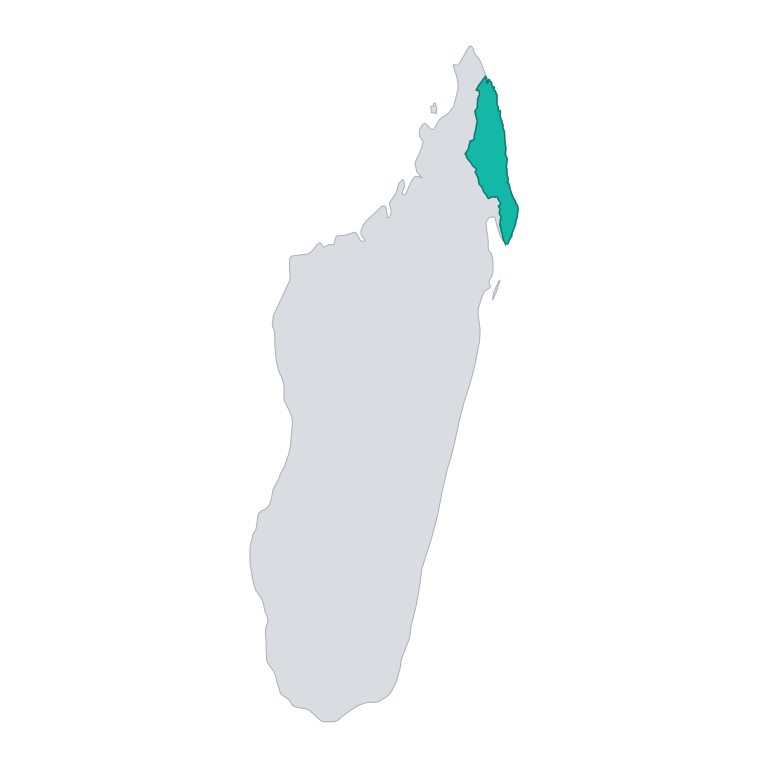 where Sava sits in Madagascar
{"feature_id": "MDG-5879", "entity_name": "Sava", "entity_type": "Autonomous Province", "adm_level": 1, "iso_a3": "MDG", "parent_name": "Madagascar", "parent_adm1": "", "projection": "equal_earth", "projection_center": [49.879, -14.33], "detail": "fine", "context": "in_parent", "style": "filled", "palette": "teal", "viewbox_px": 768, "rotation_deg": 0, "n_neighbors": 0, "source": "natural_earth", "source_scale": "10m", "svg_char_len": 6911}
<svg xmlns="http://www.w3.org/2000/svg" viewBox="0 0 768 768"><path d="M481.7,64.1L483.4,69.4L485.4,74.5L491.8,86.9L494.5,91.6L496.8,96.7L497.9,106.8L501.9,122.4L505.7,145.9L506.9,170.0L508.0,181.1L511.0,191.5L515.8,202.2L517.3,214.2L514.4,226.5L510.1,238.1L509.0,240.3L507.0,243.3L506.1,243.2L502.7,240.2L499.9,235.3L496.4,223.7L495.1,217.9L493.6,216.9L489.5,217.4L486.5,221.1L486.0,223.4L486.6,229.9L487.7,235.8L488.2,241.7L488.3,249.2L489.4,251.4L491.1,253.4L492.8,258.2L493.1,269.9L492.0,275.8L489.1,280.8L489.3,283.6L490.4,286.5L489.4,288.2L485.5,290.4L483.9,292.3L481.8,297.5L478.5,307.9L478.0,313.3L480.1,329.6L479.6,341.1L475.3,363.1L472.8,373.5L469.3,386.0L464.0,402.4L458.8,423.0L454.3,444.1L451.0,456.8L447.3,469.3L442.2,491.4L437.9,513.7L431.6,538.3L422.8,565.6L421.8,569.1L420.0,583.1L418.1,595.1L415.8,607.1L410.9,626.8L410.4,632.9L409.3,638.7L404.6,651.0L402.6,655.6L401.2,660.5L400.4,666.7L399.0,672.6L395.6,683.6L390.5,693.0L387.0,696.4L379.3,701.3L375.5,702.3L366.8,702.5L358.5,705.3L349.9,710.7L341.6,716.9L338.4,719.9L334.9,721.6L323.9,721.9L320.6,720.6L309.4,710.4L305.1,708.7L296.9,707.3L294.5,706.4L292.2,705.1L288.9,699.7L282.3,695.2L280.7,693.8L279.6,690.7L278.9,687.3L277.2,683.5L275.8,676.4L273.6,671.3L267.4,662.5L266.7,659.7L266.1,650.2L266.2,643.9L265.4,632.2L266.0,626.7L268.0,621.7L267.1,616.3L264.7,610.7L263.8,604.9L262.0,599.5L255.6,589.9L254.0,585.2L252.9,580.3L250.2,565.1L249.9,559.7L250.0,548.5L250.8,542.7L252.3,538.7L252.6,535.6L253.6,533.0L255.1,531.0L256.1,528.5L258.2,514.1L261.2,510.9L265.6,509.0L269.1,505.3L271.1,500.2L273.0,489.7L278.5,479.2L280.5,473.7L284.9,465.4L288.8,453.7L290.0,448.2L290.8,442.6L291.7,430.2L292.4,424.0L292.1,417.9L289.7,411.6L284.1,400.2L283.9,398.0L284.2,389.5L283.7,383.4L281.6,377.3L278.9,371.5L276.2,360.7L274.7,342.8L274.9,336.3L274.1,330.6L272.2,325.1L273.4,315.6L289.6,280.8L290.1,276.7L289.4,266.1L289.6,259.9L290.2,257.6L291.4,256.3L294.3,255.6L307.7,254.1L309.4,253.1L312.8,250.1L317.3,244.4L319.4,242.8L321.2,243.4L322.4,245.8L323.9,247.2L329.3,244.6L331.4,244.5L333.5,244.9L334.5,242.6L335.1,239.4L335.9,237.2L337.3,235.9L344.3,235.2L348.8,234.3L354.5,232.1L355.7,232.5L360.4,240.5L361.9,241.2L363.7,241.5L365.2,240.0L361.4,235.9L360.9,233.5L361.0,230.8L363.0,225.1L366.4,220.7L373.9,214.0L381.6,206.3L383.9,205.8L385.8,207.0L387.4,216.1L387.2,217.6L388.4,217.8L389.9,216.7L391.1,213.0L391.2,209.9L390.1,207.0L389.6,204.5L389.6,202.3L393.5,196.9L396.6,191.8L398.0,185.6L399.3,182.8L402.5,179.6L403.5,180.1L404.3,182.7L404.7,185.5L403.9,188.2L402.7,190.9L402.2,194.4L404.1,195.1L405.8,194.3L408.4,187.8L411.3,181.6L413.0,178.4L415.2,176.2L418.8,176.7L422.3,178.1L416.6,171.6L415.1,162.7L421.9,147.3L422.0,144.1L423.0,143.1L423.4,141.9L419.8,136.7L419.2,134.1L419.6,130.2L421.3,126.7L422.8,124.3L425.0,123.4L426.8,124.7L430.6,129.0L433.2,129.6L436.3,125.5L438.8,120.4L442.7,116.9L447.0,114.7L453.6,106.6L457.9,89.7L458.2,84.8L457.3,78.8L455.7,73.1L453.2,66.0L453.8,64.5L457.5,65.4L458.7,64.4L462.6,58.1L469.1,46.1L471.2,46.1L473.1,48.3L473.8,51.6L475.1,54.1L479.5,59.8L481.7,64.1ZM436.4,111.5L436.5,113.4L431.5,112.6L430.7,106.2L433.2,106.1L433.7,103.4L435.2,103.1L436.8,108.8L436.4,111.5ZM496.7,290.9L492.5,300.2L493.7,292.4L498.6,281.3L500.0,280.4L496.7,290.9Z" fill="#d9dde1" stroke="#a8b0b8" stroke-width="1"/><path d="M485.4,76.4L486.0,77.5L486.3,78.3L486.4,79.0L486.8,80.1L486.9,80.6L486.8,81.3L486.3,82.4L486.1,83.1L486.4,82.8L486.8,82.7L487.1,82.8L487.4,83.1L487.6,82.5L487.9,82.1L488.1,81.6L488.3,80.2L488.5,79.8L489.0,79.7L489.5,79.9L489.3,80.4L489.2,80.6L489.7,80.8L490.2,81.1L490.7,81.6L491.6,82.7L491.8,83.1L491.6,84.4L491.7,84.8L492.2,86.2L492.5,86.7L493.0,86.9L493.5,86.9L494.0,86.9L494.4,87.3L494.4,88.3L494.1,88.6L493.7,88.8L493.6,89.2L494.1,90.1L494.6,90.4L495.2,90.7L495.5,91.1L495.7,92.1L495.9,92.9L496.8,94.2L497.0,94.7L497.0,97.5L496.7,101.6L496.8,102.3L496.9,103.4L497.0,104.2L497.1,104.8L498.1,106.8L498.3,107.7L498.1,109.9L498.3,110.6L498.8,111.0L499.3,110.9L499.7,110.6L500.1,110.6L500.4,111.4L500.4,112.3L500.1,114.0L500.2,115.3L500.7,118.3L501.1,119.7L501.3,120.0L501.7,120.4L501.9,120.7L502.0,121.1L501.9,122.0L501.9,122.5L502.1,123.5L502.2,123.9L502.3,124.1L502.5,124.2L502.7,124.3L502.9,124.3L503.0,124.5L502.9,124.8L503.1,125.1L503.1,125.7L502.8,127.4L503.1,128.2L503.4,128.8L504.2,131.2L504.6,132.9L505.0,143.0L505.7,146.8L505.8,148.2L505.8,150.1L505.4,151.5L505.3,152.4L505.3,154.2L505.4,155.2L505.6,155.8L506.6,157.0L507.2,158.5L507.2,159.9L506.7,163.8L506.4,165.4L506.3,166.2L506.4,167.1L506.8,169.5L507.1,175.1L508.1,177.9L508.2,179.7L507.9,181.4L507.1,182.0L507.4,182.6L508.4,183.3L508.9,183.8L509.2,184.4L509.4,185.3L509.8,188.5L512.5,196.3L513.2,197.7L515.1,200.7L515.4,201.5L515.7,203.2L516.1,203.7L516.6,204.1L517.1,204.6L517.6,205.8L517.9,207.4L518.1,210.7L518.1,211.0L517.9,211.8L517.5,212.6L517.5,212.9L517.6,213.3L517.6,213.8L517.6,214.2L517.2,215.4L517.1,215.9L517.2,216.4L517.3,216.8L517.4,217.1L517.2,217.5L516.7,218.2L516.6,218.5L516.3,220.3L515.6,222.8L515.6,223.7L515.3,225.1L512.0,233.3L511.7,234.8L512.1,235.1L511.8,235.8L509.1,240.4L508.2,243.2L507.8,243.8L507.2,244.0L506.6,243.9L506.0,244.0L505.5,244.5L504.7,242.0L504.1,241.2L503.7,241.0L502.3,235.1L502.2,234.1L502.1,233.8L502.0,233.3L501.6,232.7L501.4,232.2L501.2,231.5L501.1,230.7L500.9,229.1L500.5,227.1L499.8,225.1L499.8,224.8L499.8,224.4L500.2,222.5L500.2,222.2L500.2,220.9L500.2,220.6L500.2,220.3L500.9,218.1L501.0,217.8L501.0,217.5L501.0,217.2L500.8,216.7L499.5,214.0L499.3,213.5L499.3,213.2L499.3,212.9L499.3,212.2L499.5,211.1L499.6,210.8L500.0,210.0L500.0,209.7L500.1,209.4L499.9,208.9L499.6,208.3L498.8,207.1L498.6,206.5L498.5,206.1L498.7,205.7L498.9,205.6L499.0,205.4L500.2,204.7L500.4,204.6L500.5,204.4L500.6,204.2L500.7,203.7L500.6,203.4L498.1,199.2L497.4,197.3L497.1,196.9L496.8,196.7L496.6,196.6L496.2,196.7L496.0,196.8L495.4,197.2L495.2,197.3L494.8,197.3L492.9,196.8L492.4,196.7L492.0,196.8L491.8,196.9L488.7,198.5L488.2,198.3L487.7,197.7L486.9,196.2L486.5,195.4L485.8,194.3L483.5,191.7L483.1,189.9L482.9,189.3L481.1,186.1L480.7,185.8L480.4,185.6L480.0,185.3L479.6,184.8L479.4,184.4L479.3,184.1L478.5,181.6L478.5,181.4L478.5,181.1L478.6,180.6L478.6,180.3L478.6,180.1L478.6,179.8L477.2,175.8L477.0,175.3L476.6,174.7L475.9,173.5L475.3,172.7L475.2,172.5L475.2,172.2L475.2,171.9L475.4,171.5L475.5,171.3L475.8,170.9L476.3,170.5L476.4,170.3L476.5,170.0L476.5,169.5L476.4,169.2L475.7,168.3L475.6,168.1L475.0,167.8L474.8,167.6L474.4,167.1L473.9,166.8L473.5,166.6L473.3,166.5L472.5,165.6L471.8,164.4L471.3,163.2L471.2,162.9L470.0,161.7L468.6,160.0L467.6,159.0L467.4,158.6L467.2,158.1L467.0,157.7L466.7,157.4L466.5,157.2L466.4,156.9L466.0,154.9L465.7,154.1L465.4,153.8L465.2,153.8L468.2,149.3L470.1,141.1L473.9,139.8L474.3,135.3L475.3,131.5L477.2,121.3L474.8,111.1L477.2,107.9L477.6,99.0L479.5,94.5L479.0,90.7L476.2,90.1L478.6,85.6L481.9,81.1L485.4,76.4Z" fill="#14b8a6" stroke="#0f766e" stroke-width="1.5"/></svg>